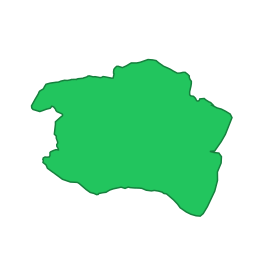 Suriname, Equal Earth projection, rotated 103°
{"feature_id": "SUR", "entity_name": "Suriname", "entity_type": "country or territory", "adm_level": 0, "iso_a3": "SUR", "parent_name": "South America", "parent_adm1": "", "projection": "equal_earth", "projection_center": [-56.071, 3.918], "detail": "fine", "context": "isolated", "style": "filled", "palette": "green", "viewbox_px": 256, "rotation_deg": 103, "n_neighbors": 0, "source": "natural_earth", "source_scale": "50m", "svg_char_len": 2237}
<svg xmlns="http://www.w3.org/2000/svg" viewBox="0 0 256 256"><g transform="rotate(103 128 128)"><path d="M194.0,59.2L191.0,62.6L187.8,67.4L183.5,75.7L183.7,78.3L182.8,80.4L182.6,84.1L182.9,88.3L184.0,91.0L184.5,96.2L183.7,100.9L184.0,103.6L184.9,107.9L185.6,112.5L185.5,114.4L186.5,115.9L187.5,117.3L187.2,121.4L190.6,128.7L192.6,131.9L195.6,135.0L196.7,138.0L198.4,141.7L199.4,142.1L200.0,143.6L199.4,146.4L199.3,150.3L197.4,154.9L193.0,163.2L192.4,165.1L193.6,172.0L193.0,177.7L192.7,180.4L190.5,185.4L185.4,197.4L182.4,199.6L180.7,203.1L179.5,203.1L178.2,203.4L177.8,203.9L176.2,203.8L174.9,202.3L174.7,200.5L174.1,198.4L172.5,197.8L169.5,198.5L168.6,198.0L166.8,195.7L165.3,193.3L165.0,190.9L164.0,191.2L161.7,193.3L160.2,193.7L158.9,193.2L157.6,193.3L154.1,195.6L152.0,196.1L150.6,198.4L140.9,199.5L138.3,200.1L132.6,196.1L131.1,194.8L130.3,194.6L129.7,194.8L129.0,195.7L128.1,200.7L127.2,202.1L125.7,203.2L124.2,205.2L123.9,207.1L126.2,208.2L128.1,211.9L130.1,214.9L131.8,217.6L131.6,220.6L131.3,224.8L130.1,226.3L128.1,227.0L120.7,224.9L115.1,223.1L112.7,222.7L111.7,222.2L110.3,220.7L108.8,219.2L106.6,218.7L103.8,217.7L101.8,214.0L99.7,208.6L99.0,206.2L97.4,203.9L95.8,200.6L95.3,197.7L94.1,195.0L93.5,194.1L92.5,190.4L92.3,189.0L91.9,188.9L91.2,187.7L89.9,183.8L89.6,182.8L89.1,182.4L87.6,179.7L86.4,178.7L85.9,177.3L86.0,173.5L85.4,171.6L85.2,168.0L85.2,166.5L84.5,164.9L83.5,163.9L83.3,161.3L83.1,154.9L82.6,153.7L78.3,153.8L77.9,154.4L76.0,154.8L73.9,154.9L72.0,154.0L70.5,152.9L70.1,151.5L70.4,147.0L67.9,143.7L63.9,139.5L62.7,134.2L61.2,130.9L56.8,123.9L56.1,119.2L56.0,115.8L57.6,112.7L59.8,107.3L60.7,102.4L61.3,99.8L62.4,96.5L63.5,92.2L62.7,89.5L61.4,86.9L60.9,84.9L62.2,82.0L63.5,80.0L64.9,79.7L66.8,78.5L68.2,76.8L70.4,76.3L73.2,76.1L78.8,76.1L81.7,75.4L82.6,74.0L82.4,71.3L83.9,68.9L85.4,67.8L86.0,67.0L86.1,66.1L85.7,65.3L85.1,64.8L83.5,64.6L82.1,60.4L83.1,58.5L84.3,55.1L84.6,53.2L86.5,50.2L87.0,51.1L88.4,45.7L88.6,41.2L89.7,36.8L91.4,31.6L94.5,29.0L112.3,31.7L120.5,34.2L130.9,38.4L132.4,43.0L132.5,38.4L132.0,33.8L134.9,30.5L141.2,29.4L150.7,31.0L158.9,29.0L170.0,29.3L186.9,33.0L194.5,35.5L197.6,37.8L198.2,42.0L197.9,47.3L196.7,52.4L194.0,59.2Z" fill="#22c55e" stroke="#15803d" stroke-width="1.5"/></g></svg>